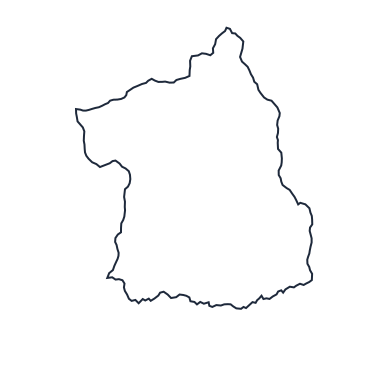 the district of Dracena, São Paulo, Brazil, rotated 334°
{"feature_id": "56859067B75593552832457", "entity_name": "Dracena", "entity_type": "district", "adm_level": 2, "iso_a3": "BRA", "parent_name": "Brazil", "parent_adm1": "São Paulo", "projection": "orthographic", "projection_center": [-51.588, -21.557], "detail": "fine", "context": "isolated", "style": "outline", "palette": "slate", "viewbox_px": 384, "rotation_deg": 334, "n_neighbors": 0, "source": "geoboundaries", "source_scale": "gbopen_adm2", "svg_char_len": 2933}
<svg xmlns="http://www.w3.org/2000/svg" viewBox="0 0 384 384"><g transform="rotate(334 192 192)"><path d="M297.6,62.0L295.0,59.5L292.3,61.8L288.3,62.6L284.7,63.6L280.6,65.2L277.6,69.3L273.8,72.0L272.1,76.2L268.4,77.1L265.1,73.9L261.7,71.7L257.3,71.9L251.4,69.9L247.8,73.2L245.5,78.4L243.4,81.4L240.6,86.6L235.9,86.4L231.1,85.2L227.1,84.5L223.6,85.6L219.8,83.9L216.3,81.0L213.4,79.9L210.0,78.3L207.4,75.5L205.4,72.6L201.4,72.8L198.5,73.8L194.4,73.0L189.5,72.8L185.1,72.5L180.9,73.1L177.3,73.6L175.4,76.1L172.7,77.4L169.1,77.3L165.4,76.2L161.8,74.6L158.4,74.0L155.5,75.2L152.4,75.0L149.2,75.1L145.5,75.0L142.0,74.1L138.6,73.5L135.2,73.0L132.2,72.3L129.7,71.0L127.7,69.0L124.1,66.6L122.3,70.6L121.4,74.0L120.1,78.4L122.2,86.1L121.8,90.3L119.3,94.6L117.2,98.5L116.2,102.1L114.5,106.1L113.2,109.5L112.9,113.1L113.6,116.7L115.3,121.5L118.3,125.0L120.2,129.2L130.7,130.1L134.1,129.4L137.0,130.2L139.4,134.7L140.2,138.6L142.6,141.7L144.3,145.6L143.8,149.3L142.2,153.4L139.8,156.8L136.8,159.1L133.0,160.1L128.8,166.7L127.5,171.3L125.0,176.0L123.8,179.1L120.4,184.4L117.9,187.0L114.7,189.2L112.5,193.1L110.5,197.1L106.7,197.7L103.0,199.8L101.0,203.2L101.0,206.5L100.0,210.5L99.4,214.5L97.9,217.2L95.8,219.5L93.3,221.5L89.9,224.3L86.7,227.5L82.0,228.6L78.2,232.1L82.9,233.7L84.9,237.2L88.1,238.3L90.8,240.8L91.2,244.7L89.0,247.9L88.3,251.5L88.7,255.7L88.5,260.3L90.0,263.4L93.8,264.2L95.3,268.6L100.8,266.6L102.4,269.0L106.4,268.9L107.2,271.7L111.5,271.3L116.4,270.3L119.2,268.5L122.8,269.2L125.2,273.5L126.7,278.1L131.7,279.6L135.9,278.7L139.1,280.8L141.4,282.8L143.4,285.6L142.7,289.5L146.0,291.9L147.2,295.2L151.2,294.4L153.7,297.6L158.6,298.4L157.7,301.9L159.9,304.2L164.3,304.3L168.2,306.7L171.7,307.1L175.0,308.5L177.5,309.9L178.8,312.7L180.8,316.0L184.9,318.5L187.9,317.9L189.7,320.0L193.4,318.9L198.1,317.5L200.6,319.5L203.1,317.8L205.8,317.1L209.0,315.7L209.3,319.5L212.3,320.2L214.8,322.1L218.8,321.3L223.1,321.1L225.8,319.2L229.1,319.5L229.8,322.4L233.3,320.5L238.4,320.0L241.8,322.4L244.6,321.9L248.8,321.8L251.6,324.5L254.5,324.3L257.9,324.3L261.1,323.7L264.1,318.2L263.8,314.1L264.5,310.8L264.3,307.1L265.9,303.4L267.8,301.3L270.5,298.7L272.3,296.1L274.6,293.1L277.4,289.8L279.2,286.1L279.9,282.7L280.7,278.6L282.5,275.7L285.9,273.8L287.9,269.4L289.2,266.0L289.4,262.5L290.4,258.1L288.5,252.8L284.6,249.2L282.0,249.7L282.1,244.7L282.0,241.3L281.3,237.2L280.7,232.9L278.8,230.0L276.5,225.4L276.8,221.8L277.7,218.5L277.4,214.8L279.3,210.7L283.8,207.3L285.6,204.7L287.5,201.2L289.5,195.8L288.2,191.0L290.6,185.4L292.0,183.0L292.4,179.8L295.1,176.7L297.2,172.9L297.9,169.1L300.3,165.3L303.8,162.2L305.5,159.5L305.8,153.4L303.5,144.8L300.2,142.0L298.2,138.6L297.0,133.1L296.5,129.3L297.8,123.7L296.3,120.2L297.0,116.0L296.6,112.0L296.9,107.9L296.9,103.9L295.7,100.6L294.1,96.7L294.4,91.7L297.1,88.7L300.2,85.3L304.1,79.2L302.9,74.6L301.3,71.6L300.4,68.5L297.7,66.8L297.6,62.0Z" fill="none" stroke="#1e293b" stroke-width="2"/></g></svg>